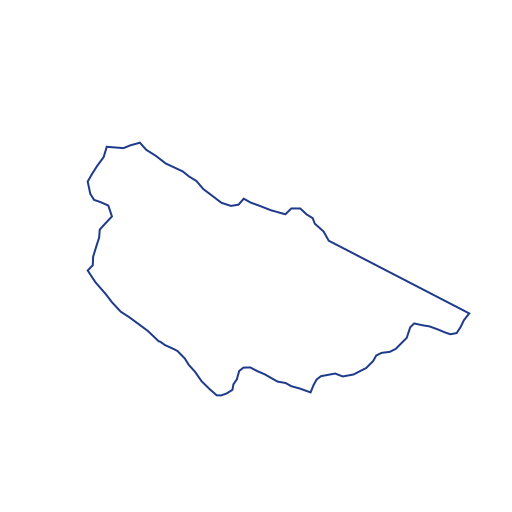 the district of Ammochostos, Cyprus, rotated 328°
{"feature_id": "46923920B15488277877643", "entity_name": "Ammochostos", "entity_type": "district", "adm_level": 2, "iso_a3": "CYP", "parent_name": "Cyprus", "parent_adm1": "", "projection": "equal_earth", "projection_center": [33.927, 35.12], "detail": "fine", "context": "isolated", "style": "outline", "palette": "blue", "viewbox_px": 512, "rotation_deg": 328, "n_neighbors": 0, "source": "geoboundaries", "source_scale": "gbopen_adm2", "svg_char_len": 1395}
<svg xmlns="http://www.w3.org/2000/svg" viewBox="0 0 512 512"><g transform="rotate(328 256 256)"><path d="M105.6,179.1L105.9,193.0L108.5,209.6L109.3,218.8L111.8,231.6L116.1,240.8L124.5,262.0L128.3,276.8L129.4,278.0L131.6,283.3L137.5,292.2L139.1,295.1L141.3,305.1L141.3,312.8L142.9,321.6L143.5,333.4L146.2,344.6L148.9,353.4L152.7,355.8L158.1,357.0L165.1,357.0L168.9,352.8L174.3,350.5L180.8,344.6L186.2,344.0L192.1,347.5L195.9,354.0L200.8,361.1L204.6,368.2L207.8,374.0L213.8,379.4L217.0,385.2L223.0,391.7L230.0,400.6L236.5,395.9L241.9,392.9L247.3,392.3L260.8,397.6L265.7,404.1L276.0,408.2L283.6,408.8L290.1,409.4L299.8,407.1L305.2,404.1L311.2,404.7L318.7,408.2L325.2,408.8L340.4,405.3L349.0,398.2L354.4,397.0L360.4,402.9L365.8,407.6L371.8,415.3L375.5,420.6L379.3,425.3L385.3,427.7L391.8,424.7L398.3,420.6L406.4,417.7L325.8,281.6L326.3,271.0L323.0,259.8L324.1,253.9L320.9,247.4L318.7,239.1L311.1,234.4L303.0,236.2L292.8,225.0L286.3,216.2L279.8,207.9L276.0,200.9L268.4,203.2L261.4,200.3L254.9,192.6L250.0,179.7L246.8,171.4L245.2,160.8L241.4,153.2L238.7,145.5L234.9,139.6L228.4,129.6L224.1,117.9L219.2,107.9L217.6,98.4L207.8,95.5L200.8,94.3L187.3,84.3L179.2,91.4L168.9,95.5L160.3,99.6L152.7,103.7L148.4,115.5L148.4,122.6L152.7,127.9L157.5,134.9L154.8,146.1L143.5,149.1L137.5,150.8L132.7,157.3L127.8,161.4L117.5,170.3L112.7,177.3L105.6,179.1Z" fill="none" stroke="#1e3a8a" stroke-width="2"/></g></svg>